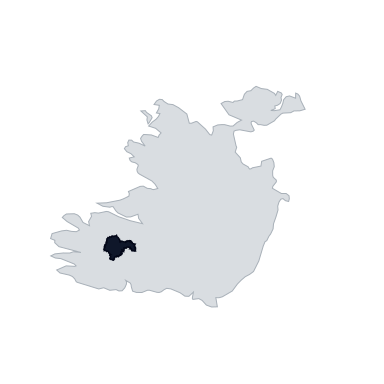 Kanturk Lea-4, Cork, Ireland (highlighted), rotated 33°
{"feature_id": "5873133B26556088806881", "entity_name": "Kanturk Lea-4", "entity_type": "district", "adm_level": 2, "iso_a3": "IRL", "parent_name": "Ireland", "parent_adm1": "Cork", "projection": "orthographic", "projection_center": [-8.958, 52.204], "detail": "fine", "context": "in_parent", "style": "filled", "palette": "ink", "viewbox_px": 384, "rotation_deg": 33, "n_neighbors": 0, "source": "geoboundaries", "source_scale": "gbopen_adm2", "svg_char_len": 8288}
<svg xmlns="http://www.w3.org/2000/svg" viewBox="0 0 384 384"><g transform="rotate(33 192 192)"><path d="M231.6,71.7L225.2,76.4L224.2,78.2L222.5,85.3L222.4,87.3L218.4,95.2L216.2,96.8L212.7,98.2L210.8,99.5L208.3,98.9L205.1,99.0L203.6,100.4L203.7,101.5L204.7,102.7L210.5,106.2L210.2,107.7L208.6,109.5L198.2,113.8L195.2,116.4L194.1,118.1L195.2,120.9L203.7,129.2L205.1,130.1L206.5,135.0L213.9,137.0L217.0,140.0L219.6,140.7L225.3,140.3L227.6,141.4L228.8,140.5L229.5,138.8L235.7,132.7L233.7,128.3L239.9,120.5L241.6,120.6L244.7,122.8L247.2,126.0L248.1,130.3L250.6,134.1L252.1,135.4L256.2,136.1L257.2,137.5L256.7,143.2L257.4,145.1L267.8,144.6L271.8,142.0L275.4,142.3L277.3,144.7L278.2,147.3L275.1,148.4L271.9,148.0L270.4,149.7L270.4,153.0L271.6,157.2L273.9,160.2L275.9,166.9L277.7,174.3L280.1,178.8L280.8,184.4L280.6,187.2L281.2,192.1L280.3,193.9L281.2,198.6L285.6,213.5L286.9,225.2L285.2,229.7L282.8,234.0L281.3,239.0L280.2,244.4L279.7,253.1L274.5,263.4L272.2,266.0L269.5,267.6L275.8,274.5L271.0,277.8L265.6,279.0L259.5,277.4L255.8,277.7L251.2,281.6L250.1,280.9L247.7,275.2L246.2,281.2L242.8,283.2L236.9,283.0L227.0,284.8L223.2,286.6L221.7,289.3L220.6,292.4L219.1,294.2L217.3,295.2L209.7,297.6L208.2,298.6L204.7,303.6L200.1,306.5L196.2,307.5L192.8,304.6L191.4,302.9L189.8,302.0L184.5,302.2L186.2,303.1L187.2,305.1L187.8,309.0L187.2,312.9L184.6,314.8L181.5,315.2L176.6,319.2L170.1,320.4L166.6,324.1L145.1,330.2L143.8,330.3L140.9,328.7L137.7,328.0L134.4,328.5L125.4,331.8L121.0,331.1L126.7,322.5L134.2,318.2L135.0,317.1L132.5,316.5L118.3,319.3L113.3,321.8L108.4,322.5L110.7,318.6L117.2,313.3L122.7,309.8L125.1,306.7L131.8,303.2L110.2,310.3L104.5,309.3L103.3,307.2L98.8,308.1L97.3,303.1L103.9,295.6L107.7,292.4L112.3,290.7L116.6,288.3L118.3,285.2L116.2,284.2L103.3,284.8L97.1,284.0L97.5,281.5L98.7,278.8L105.2,274.3L108.7,273.6L111.7,274.1L117.2,276.9L124.4,276.1L121.4,273.1L121.0,267.1L118.7,265.0L121.7,262.3L125.1,260.6L130.8,254.9L132.8,254.0L143.9,252.7L155.9,249.7L167.8,245.5L161.7,243.2L158.8,240.1L154.1,246.3L150.7,248.7L141.2,249.9L138.2,249.2L133.9,247.3L132.6,248.0L131.4,249.5L125.0,252.5L118.4,253.1L126.2,247.6L136.0,238.1L138.2,235.1L141.3,229.9L140.4,227.6L138.4,226.2L145.5,215.5L148.0,213.6L152.5,213.3L155.7,211.6L157.2,211.5L158.5,210.9L161.4,207.7L156.9,205.6L152.4,204.6L138.2,205.6L136.3,205.4L134.6,204.4L133.4,202.9L132.6,199.2L131.6,198.4L128.4,198.4L125.2,199.5L123.0,199.3L120.9,197.7L124.4,194.0L119.9,193.1L115.4,193.7L111.7,192.5L111.6,190.2L113.4,187.9L111.2,185.6L110.8,182.8L113.2,181.4L115.7,181.9L121.0,179.9L127.7,179.0L122.0,176.9L119.7,175.1L119.7,172.4L120.1,170.1L126.8,166.3L133.9,164.7L133.4,162.1L133.9,159.3L126.8,158.4L119.7,160.3L120.6,155.0L122.3,150.3L122.7,147.1L122.4,143.7L119.1,145.1L118.8,140.4L117.4,137.1L112.5,139.3L112.7,135.0L114.2,132.0L116.7,130.7L119.2,131.3L123.9,131.3L128.4,129.1L134.9,128.6L145.2,129.4L152.3,135.8L154.1,134.6L157.0,130.6L158.3,130.2L169.0,131.9L175.7,134.2L177.5,133.5L176.5,129.0L174.2,125.9L177.0,121.8L180.5,119.1L182.8,117.7L188.2,115.9L190.5,114.3L192.0,109.1L194.4,104.7L181.0,107.1L168.2,102.0L170.2,98.3L172.9,96.2L177.6,94.6L178.0,92.7L180.3,91.1L184.1,87.0L182.7,81.5L183.4,77.6L186.2,75.0L187.0,71.3L188.2,68.5L193.8,67.5L199.2,64.9L207.5,64.4L209.6,65.4L209.1,60.9L213.0,60.3L214.5,61.1L215.2,64.3L217.1,66.3L217.7,69.8L216.5,72.6L214.6,74.7L216.4,76.8L213.7,80.7L216.7,79.0L221.0,75.1L220.7,72.0L219.9,68.2L218.6,64.7L219.1,60.8L221.5,58.3L227.8,56.9L225.1,52.6L227.4,52.2L230.0,53.0L233.8,56.3L241.8,61.0L238.1,65.3L233.4,68.4L231.6,71.7ZM118.3,156.8L118.1,158.8L115.0,156.2L113.6,153.3L105.0,151.9L108.6,149.2L110.4,150.0L116.4,150.2L118.1,151.4L118.3,156.8Z" fill="#d9dde1" stroke="#a8b0b8" stroke-width="1"/><path d="M163.2,292.0L163.2,291.7L163.4,291.2L163.1,291.2L162.9,290.5L163.0,289.6L162.5,288.9L163.0,288.0L163.4,287.9L163.3,287.7L163.4,287.4L163.6,287.3L163.6,287.1L163.8,287.2L164.1,287.2L164.1,286.9L164.3,286.2L164.9,286.3L165.1,286.4L165.5,286.4L165.7,285.8L165.7,285.3L165.7,284.8L165.7,284.3L165.8,284.3L166.1,284.3L166.3,284.2L166.2,284.1L166.3,284.0L166.3,283.7L166.1,283.4L166.1,283.2L166.5,283.2L166.9,283.0L166.7,282.5L166.4,282.5L166.5,282.3L166.5,282.2L166.5,281.8L166.4,281.7L166.9,281.6L166.7,281.3L166.2,281.5L165.9,281.4L165.7,281.2L165.4,281.7L165.2,281.5L165.2,281.3L165.1,281.2L165.3,281.0L165.4,280.9L165.5,280.5L165.4,280.3L165.6,280.2L165.3,279.6L166.0,279.5L165.8,279.1L165.4,279.2L165.2,278.8L164.9,278.6L165.2,278.5L165.5,278.5L165.9,278.7L166.6,278.8L166.9,278.9L166.8,278.7L166.9,278.3L166.8,278.2L166.7,278.1L166.7,277.8L166.4,277.6L166.4,277.3L166.3,277.1L165.8,276.9L165.8,276.6L165.7,276.5L165.4,276.0L166.0,275.9L166.0,275.2L166.4,275.1L166.7,274.9L166.8,274.9L166.9,275.2L167.1,275.2L167.2,274.9L167.3,274.8L167.5,274.7L167.3,274.4L167.3,274.1L167.3,273.9L167.4,273.7L167.7,273.6L167.8,273.4L167.9,273.1L168.1,272.7L168.6,272.7L168.8,272.9L169.4,272.7L170.0,272.1L170.4,272.0L170.7,272.7L170.8,273.1L170.8,273.4L171.3,273.0L171.6,273.2L171.9,273.0L172.0,272.8L172.0,272.7L172.3,272.7L172.4,272.9L172.5,273.1L172.8,273.5L173.0,273.5L173.5,274.0L174.0,273.7L174.2,273.3L174.6,273.5L174.8,273.3L175.0,272.9L175.3,272.7L175.6,272.5L175.8,272.7L175.8,272.9L176.1,272.8L176.5,272.5L176.7,272.3L176.5,272.2L176.3,271.7L176.0,271.4L175.9,271.1L175.5,270.8L175.4,270.6L175.6,270.4L175.4,270.1L175.2,269.9L174.8,270.0L174.8,269.7L174.7,269.4L174.4,269.5L174.2,269.3L174.0,269.5L173.9,269.3L173.5,269.3L173.5,269.1L173.5,268.9L173.2,269.0L173.1,268.8L173.1,268.5L173.0,268.4L172.9,268.4L172.6,267.9L172.8,267.5L172.6,267.3L172.6,267.2L172.7,266.9L172.7,266.7L171.9,267.1L171.5,267.1L171.2,267.3L171.1,267.2L170.8,267.4L170.4,267.6L170.2,267.5L169.4,267.3L169.3,267.0L168.9,267.2L168.8,266.8L167.9,266.5L167.7,267.2L167.6,267.5L167.4,267.6L167.1,267.0L167.1,266.5L167.0,266.4L166.9,266.5L166.1,266.8L166.1,267.0L165.9,267.2L165.9,267.4L165.9,267.5L165.7,267.6L165.1,267.6L164.9,267.8L164.9,268.2L164.8,268.5L164.2,268.9L164.2,269.2L163.9,269.1L163.8,268.9L163.7,269.1L163.5,269.5L163.5,269.9L163.2,270.0L163.5,270.5L162.9,270.5L162.3,271.0L161.9,271.0L160.0,271.4L159.9,271.6L158.9,272.0L159.0,272.1L159.0,272.5L159.3,272.8L159.3,273.0L159.4,273.3L159.4,273.2L159.3,273.3L158.9,273.3L158.6,273.1L158.6,272.8L158.1,272.2L157.8,271.9L157.6,271.9L157.4,271.7L156.9,271.1L156.3,271.3L156.1,271.1L155.8,271.0L155.5,270.8L155.2,270.5L154.1,270.4L153.9,270.5L153.4,270.4L153.1,270.0L152.5,269.7L152.4,269.6L152.3,270.2L152.2,270.3L151.7,270.5L151.4,270.8L151.4,271.2L151.3,271.3L150.7,271.4L150.7,271.7L150.7,271.9L149.9,272.2L149.4,272.2L149.2,272.3L148.9,272.4L148.9,272.8L148.8,273.1L149.1,273.5L149.0,273.9L148.8,274.0L148.5,274.0L147.4,274.3L147.4,274.5L147.6,275.1L147.5,275.3L146.3,276.0L146.5,276.4L146.3,277.3L146.3,277.6L146.2,277.8L146.5,278.0L146.7,278.4L146.7,278.5L146.8,278.7L146.7,278.9L146.8,279.0L147.1,279.1L147.3,279.5L147.3,279.8L147.4,280.0L147.4,280.3L147.5,280.3L147.5,280.5L147.4,280.7L147.5,280.7L147.4,280.8L147.5,281.0L147.7,281.3L148.2,281.6L148.1,281.8L148.0,282.1L148.2,282.3L148.2,282.5L148.0,282.9L147.9,283.1L148.0,283.2L147.9,283.2L147.8,283.3L147.8,283.5L147.8,283.8L148.0,284.0L147.9,284.1L148.0,284.2L147.9,284.1L148.0,284.3L148.1,284.5L148.1,284.4L148.2,284.5L148.3,284.6L148.1,284.7L148.1,284.8L148.4,284.9L148.3,285.0L148.3,285.3L148.2,285.3L148.4,285.4L148.3,285.5L148.5,285.7L148.5,285.8L148.7,286.1L148.8,286.2L148.8,286.3L149.1,286.3L149.0,286.5L149.1,286.8L149.1,287.0L149.2,287.3L149.2,287.6L149.4,287.8L149.3,288.0L149.6,288.1L149.7,288.3L149.8,288.3L150.0,288.5L150.0,288.4L149.9,288.3L149.9,288.2L150.1,288.2L150.2,288.3L150.4,288.3L150.5,288.4L150.7,288.2L150.8,288.2L150.8,288.3L150.9,288.2L151.0,288.3L151.3,288.2L151.6,288.3L152.0,288.1L152.3,287.9L152.4,288.0L152.6,287.9L152.8,288.1L152.9,287.8L153.4,287.7L153.6,287.4L154.1,287.3L154.3,287.5L154.6,287.5L154.8,287.8L155.0,288.0L155.2,288.4L155.3,288.4L155.8,288.2L155.9,288.3L156.0,288.3L156.2,288.5L156.3,288.5L156.6,288.6L156.9,288.5L157.2,288.6L157.4,288.8L157.5,288.8L157.2,289.0L157.3,289.8L157.6,290.0L158.2,290.0L158.5,290.2L158.8,290.3L159.1,290.9L159.1,291.9L159.2,292.4L159.5,292.8L160.0,292.6L160.5,292.8L161.0,292.3L161.9,292.3L161.8,292.0L161.9,291.9L162.4,291.7L162.5,292.2L163.2,292.0Z" fill="#0f172a" stroke="#020617" stroke-width="1.5"/></g></svg>